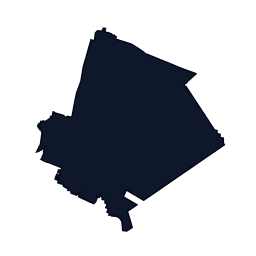 Tizayuca, Hidalgo, Mexico (Natural Earth projection), rotated 173°
{"feature_id": "50627088B81071205197535", "entity_name": "Tizayuca", "entity_type": "district", "adm_level": 2, "iso_a3": "MEX", "parent_name": "Mexico", "parent_adm1": "Hidalgo", "projection": "natural_earth1", "projection_center": [-98.946, 19.853], "detail": "fine", "context": "isolated", "style": "filled", "palette": "ink", "viewbox_px": 256, "rotation_deg": 173, "n_neighbors": 0, "source": "geoboundaries", "source_scale": "gbopen_adm2", "svg_char_len": 4521}
<svg xmlns="http://www.w3.org/2000/svg" viewBox="0 0 256 256"><g transform="rotate(173 128 128)"><path d="M204.3,82.2L202.8,81.4L201.7,80.9L200.6,80.5L199.5,80.1L198.7,79.8L198.9,79.3L199.3,78.3L198.5,77.9L198.6,77.7L197.9,77.1L197.7,76.9L196.8,76.3L195.7,75.6L194.7,74.7L195.7,72.8L195.6,73.0L195.3,73.4L194.1,73.4L193.0,72.8L191.8,72.1L192.6,70.6L191.6,69.9L190.9,69.4L190.4,69.4L189.9,69.1L189.3,68.7L188.2,68.0L187.1,67.7L183.8,69.8L185.4,65.9L183.9,64.9L181.2,63.2L178.6,61.6L176.9,60.5L174.3,58.9L171.2,57.1L169.9,58.1L169.0,58.9L168.6,59.7L167.8,61.2L167.3,62.6L166.9,64.1L166.7,63.4L166.3,62.9L165.7,62.7L165.0,62.7L164.5,63.1L163.4,64.2L163.0,64.7L162.0,61.8L162.1,61.7L162.3,61.5L162.3,60.8L162.3,60.3L162.2,60.2L161.5,60.1L161.3,60.0L159.1,59.1L159.5,58.2L160.1,57.0L159.8,56.3L158.0,55.2L157.9,55.1L158.8,53.3L159.7,51.7L157.8,50.5L157.5,50.2L159.1,47.1L156.8,45.6L157.6,43.9L155.1,43.5L154.7,42.5L153.7,42.6L151.9,42.1L150.5,41.7L149.6,41.4L148.8,40.8L148.2,40.3L147.4,39.7L146.6,38.4L145.9,37.1L145.7,36.8L145.5,35.6L145.5,34.8L145.5,34.1L145.5,32.6L145.5,31.5L145.6,30.7L145.6,28.4L145.7,26.9L143.5,26.4L142.4,26.0L141.7,26.0L141.3,26.2L137.0,28.3L136.1,28.7L135.9,28.1L136.0,28.9L136.3,30.6L136.6,33.0L136.8,34.0L137.6,38.8L137.8,39.7L137.8,40.2L138.0,41.1L138.1,41.7L138.2,42.4L138.3,43.1L138.5,44.0L138.7,45.5L135.9,46.9L135.6,47.1L134.7,47.5L134.3,47.7L132.1,48.8L128.5,50.7L133.0,54.1L133.6,54.6L134.7,55.4L135.2,55.8L137.6,57.6L139.6,59.1L141.1,60.3L139.9,62.3L139.3,63.2L139.3,63.3L139.1,63.6L139.0,63.8L138.9,64.0L138.7,64.3L138.2,65.1L137.9,65.6L137.2,66.7L136.3,66.0L136.1,65.8L135.6,65.4L135.0,65.0L134.6,64.6L134.1,64.3L134.0,64.2L133.3,63.7L133.1,63.5L131.3,62.1L130.8,61.8L129.7,60.9L129.5,60.7L128.2,59.8L121.3,54.4L112.7,58.8L86.9,72.3L84.3,73.7L81.1,75.3L77.7,77.1L69.0,81.6L66.9,82.7L57.4,87.7L34.4,99.6L35.2,101.3L35.0,103.1L34.7,106.4L37.8,107.2L37.4,110.6L40.3,111.4L40.0,114.7L42.3,115.3L47.5,125.9L48.1,127.2L49.1,129.0L50.1,131.2L50.5,131.9L50.4,132.3L50.7,132.4L51.8,134.5L53.9,138.8L65.0,161.3L65.2,159.9L65.5,160.4L66.9,162.8L67.0,164.4L63.9,166.0L63.8,166.6L63.7,166.7L53.9,173.5L54.1,173.7L66.8,180.2L70.8,182.4L72.4,183.3L73.9,184.2L75.1,184.9L77.7,186.3L78.6,186.8L80.3,187.8L82.1,188.8L83.9,189.7L84.2,190.0L86.1,191.0L87.9,191.9L89.3,192.8L90.7,193.6L92.4,194.5L94.1,195.5L95.6,196.3L97.1,197.1L98.6,198.0L100.2,198.8L101.4,199.5L101.6,199.6L102.7,200.4L102.8,200.4L102.8,201.0L104.7,202.7L104.8,202.8L107.0,204.7L114.3,210.8L114.6,210.9L118.5,212.7L121.7,214.2L123.7,215.1L124.2,215.3L124.7,215.5L126.7,216.5L129.4,217.7L128.7,219.9L129.2,220.0L129.7,220.3L129.7,220.8L129.8,221.1L130.0,221.4L130.4,221.7L130.9,221.9L131.3,221.8L131.8,221.9L132.2,222.1L132.5,222.6L132.7,223.0L132.8,223.3L133.2,223.5L134.1,223.9L134.5,224.2L134.9,224.4L135.4,224.8L136.1,225.0L136.8,225.1L137.5,225.2L137.7,225.3L137.8,225.6L138.0,225.8L138.3,225.8L138.5,225.8L139.3,226.3L138.2,229.5L139.1,229.8L140.3,230.0L141.3,228.7L142.0,227.0L143.0,227.3L144.1,227.7L144.9,227.9L145.7,228.1L146.7,228.0L147.5,227.3L148.7,226.3L149.1,224.7L149.3,223.8L149.5,223.2L150.7,218.7L150.7,218.8L152.0,219.2L152.6,219.3L153.9,220.1L157.5,211.7L160.9,203.5L164.9,194.2L169.0,180.2L170.0,178.2L174.8,168.9L177.1,162.0L177.2,161.9L177.9,159.7L178.5,157.9L178.5,157.5L178.9,156.6L179.1,155.9L179.8,153.5L180.2,152.3L181.1,149.6L181.5,148.3L182.4,145.5L186.3,146.8L186.6,147.0L187.3,146.4L188.6,146.2L189.2,146.5L189.7,147.3L190.4,148.3L197.5,151.3L198.7,151.9L199.0,152.5L200.4,153.1L201.9,148.3L203.4,148.9L203.5,147.5L206.0,146.2L206.6,145.8L208.9,144.6L211.8,145.3L212.0,144.6L213.8,145.1L214.3,143.2L215.7,143.4L216.1,141.9L216.8,142.2L217.4,140.6L216.6,140.3L216.9,139.1L215.5,138.9L215.4,138.9L215.9,137.3L215.5,137.2L214.7,137.1L214.6,136.3L214.3,134.9L213.9,133.2L214.2,132.2L214.2,131.5L214.5,131.6L215.7,126.9L216.3,124.7L216.9,122.4L219.2,119.1L219.4,118.8L221.6,115.4L219.8,115.7L216.6,117.0L215.3,117.7L213.9,118.6L213.1,119.1L212.4,119.5L212.6,119.2L213.9,116.9L214.1,116.5L214.3,116.2L214.5,115.8L214.6,115.1L214.7,114.9L214.7,114.1L214.6,113.2L214.9,112.7L215.2,112.2L215.4,111.8L216.7,109.7L217.2,108.9L217.4,108.5L218.1,107.4L217.9,107.3L215.1,105.4L214.2,104.9L212.6,103.9L211.3,103.6L210.4,103.1L199.6,97.2L198.5,96.7L199.5,94.9L200.3,94.1L201.8,94.9L202.1,94.5L203.1,92.5L200.6,91.1L200.8,90.6L200.9,90.4L201.3,89.4L204.2,90.8L205.5,88.6L202.4,87.0L202.8,86.1L205.9,87.8L206.6,86.2L203.4,84.5L203.7,83.7L204.1,82.9L204.3,82.2Z" fill="#0f172a" stroke="#020617" stroke-width="1.5"/></g></svg>